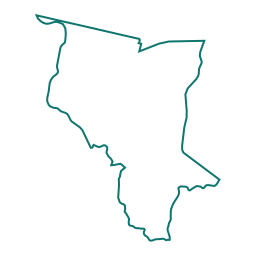 SVG path tracing the border of Savanes
{"feature_id": "TGO-90", "entity_name": "Savanes", "entity_type": "Region", "adm_level": 1, "iso_a3": "TGO", "parent_name": "Togo", "parent_adm1": "", "projection": "robinson", "projection_center": [0.453, 10.505], "detail": "fine", "context": "isolated", "style": "outline", "palette": "teal", "viewbox_px": 256, "rotation_deg": 0, "n_neighbors": 0, "source": "natural_earth", "source_scale": "10m", "svg_char_len": 2615}
<svg xmlns="http://www.w3.org/2000/svg" viewBox="0 0 256 256"><path d="M46.5,23.8L43.6,23.0L40.4,21.0L37.8,18.3L36.6,15.4L44.7,17.2L52.8,19.1L72.1,23.5L107.9,31.7L121.6,34.9L139.1,38.9L139.5,39.2L139.7,39.6L139.8,40.1L139.5,40.9L139.4,41.7L139.2,42.4L138.7,43.1L141.2,43.8L139.3,51.4L158.9,43.7L168.8,41.5L183.9,41.2L204.3,40.8L200.3,51.8L199.8,55.4L200.2,57.3L201.5,60.9L201.7,62.8L199.3,68.1L199.0,70.0L198.7,74.1L198.2,76.0L196.2,79.2L187.7,88.4L185.4,94.4L186.7,110.5L186.6,117.5L184.3,127.4L182.1,145.8L182.2,150.0L183.5,152.7L195.4,161.6L210.3,172.8L219.4,179.6L216.6,184.4L215.7,185.1L214.6,185.9L213.6,185.9L209.4,185.2L208.2,185.1L206.6,185.2L205.6,185.9L203.8,188.0L202.9,188.2L202.2,187.9L201.0,186.8L200.2,186.5L196.6,186.1L195.6,186.6L192.6,188.4L190.1,190.3L189.3,190.4L188.6,190.0L188.3,189.2L187.9,188.4L187.5,187.6L186.7,187.1L185.7,186.7L180.9,186.4L179.2,187.2L178.5,187.9L178.4,188.7L178.7,189.7L179.1,192.1L178.7,194.3L178.0,196.1L173.4,203.4L171.9,206.9L171.2,208.9L170.8,211.1L170.7,216.6L170.8,218.3L170.8,219.0L170.6,220.0L170.1,221.2L169.2,222.6L168.8,223.9L168.4,226.2L167.9,227.4L167.6,228.6L167.6,229.6L167.7,230.5L169.6,236.5L169.8,238.7L169.6,239.9L169.4,240.0L168.0,239.7L166.4,240.2L165.5,239.9L164.1,239.0L163.2,238.7L158.2,239.2L156.2,239.2L153.8,239.9L151.9,240.6L150.7,240.6L149.8,240.4L149.2,239.8L147.9,237.6L147.3,237.0L146.7,236.5L145.2,235.6L144.7,235.0L144.2,234.3L143.9,233.5L143.8,232.6L143.9,231.7L144.6,230.3L144.7,229.6L144.3,229.0L143.6,228.7L142.7,228.7L141.2,228.7L138.7,228.2L136.8,228.2L135.6,228.0L134.7,227.6L133.5,226.5L132.8,226.1L130.1,225.6L129.4,225.1L129.0,224.4L128.8,223.5L128.7,222.4L128.9,220.4L129.0,219.4L128.8,218.4L128.4,217.4L126.7,214.5L125.6,212.8L124.7,211.9L125.2,209.0L124.8,205.3L123.5,204.2L121.8,203.7L119.8,202.3L118.2,197.6L119.0,185.0L118.8,179.0L119.9,176.6L120.4,173.6L121.1,170.9L125.0,167.6L121.8,164.7L120.3,163.8L113.4,165.1L111.2,165.2L112.6,161.6L110.9,158.7L108.2,156.0L106.5,152.7L106.7,151.2L107.2,149.3L107.2,147.3L105.6,145.6L104.0,145.2L102.6,145.7L101.1,146.5L99.3,147.0L97.8,146.8L93.6,144.9L93.2,145.5L92.8,146.6L92.1,147.7L90.9,147.8L90.5,147.2L82.5,130.4L80.0,127.4L71.7,121.5L70.4,119.8L68.5,115.8L67.3,114.1L65.9,113.1L61.0,111.3L59.5,110.2L58.6,109.2L57.4,108.3L53.8,107.8L51.9,107.2L50.2,106.3L48.8,105.0L47.2,101.3L47.3,97.6L48.3,93.1L48.8,90.6L49.7,83.1L50.9,80.0L53.1,76.8L56.3,74.4L57.7,72.9L58.0,71.0L57.1,67.5L57.0,65.8L60.4,47.8L61.2,46.1L62.5,44.6L63.8,43.6L64.9,42.4L65.3,40.2L65.8,33.8L65.3,28.3L62.9,24.1L57.6,21.9L54.7,21.9L49.4,23.5L46.5,23.8Z" fill="none" stroke="#0f766e" stroke-width="2"/></svg>